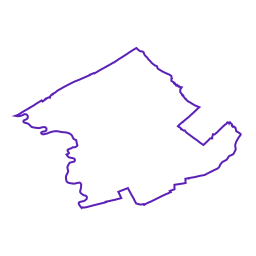 Corni, Botosani, Romania (Natural Earth projection)
{"feature_id": "2599482B25068915216975", "entity_name": "Corni", "entity_type": "district", "adm_level": 2, "iso_a3": "ROU", "parent_name": "Romania", "parent_adm1": "Botosani", "projection": "natural_earth1", "projection_center": [26.578, 47.651], "detail": "fine", "context": "isolated", "style": "outline", "palette": "violet", "viewbox_px": 256, "rotation_deg": 0, "n_neighbors": 0, "source": "geoboundaries", "source_scale": "gbopen_adm2", "svg_char_len": 5727}
<svg xmlns="http://www.w3.org/2000/svg" viewBox="0 0 256 256"><path d="M216.7,169.0L217.6,168.5L219.0,167.3L219.3,166.8L219.6,166.2L219.9,165.4L220.3,164.6L221.9,162.5L222.4,162.0L226.5,159.8L226.8,159.5L228.7,156.6L229.0,156.2L230.1,155.6L230.8,155.4L232.3,154.7L233.3,154.1L233.7,153.6L235.5,149.9L235.6,149.5L235.7,149.0L235.7,148.5L235.2,146.0L235.2,145.5L235.2,145.1L235.4,144.2L236.1,142.0L236.5,141.2L238.9,137.1L240.4,135.2L240.6,134.8L240.6,134.0L239.5,133.1L236.2,131.1L235.9,129.5L235.7,128.8L235.6,128.3L235.3,127.5L234.9,127.4L234.8,127.5L234.3,127.3L234.2,127.2L234.1,126.7L233.8,126.5L233.3,126.4L232.6,126.7L232.4,126.3L232.1,125.9L232.2,125.6L231.8,125.3L232.0,124.7L231.7,124.1L231.5,123.7L230.4,123.0L230.1,122.6L229.9,122.3L229.6,122.5L229.5,122.9L229.0,122.8L228.9,123.2L228.6,122.7L228.3,122.8L228.0,122.7L227.6,122.3L227.4,122.3L227.0,122.8L226.5,123.7L225.5,124.3L223.1,126.4L218.5,130.9L217.0,132.5L215.8,133.4L214.5,134.5L213.0,134.2L212.0,137.7L212.2,138.4L211.9,138.5L211.2,138.3L210.8,138.3L209.9,138.6L208.4,140.3L203.4,145.0L202.1,144.1L199.7,142.4L197.1,140.3L192.9,137.4L191.7,136.4L191.2,136.1L186.2,132.4L184.9,130.5L184.6,130.4L184.1,130.5L183.5,130.5L183.0,130.2L182.5,129.8L181.9,129.5L181.7,129.2L181.4,129.3L181.1,129.2L181.1,128.9L180.9,128.5L180.3,127.7L178.9,127.0L178.4,126.6L177.9,126.2L178.8,125.3L180.3,123.9L182.9,121.7L183.1,121.8L184.1,120.8L186.7,118.6L187.9,117.7L195.8,110.5L198.3,108.0L199.3,107.2L197.6,106.5L195.7,105.7L194.5,105.2L192.5,103.9L191.6,103.5L190.9,102.9L189.1,101.9L188.5,101.8L188.0,101.2L187.1,100.6L185.5,99.0L185.7,98.9L185.0,98.3L182.4,95.3L182.9,95.1L182.5,94.7L181.8,94.1L180.6,92.5L180.3,92.0L180.2,90.6L180.3,89.2L180.6,88.9L181.7,87.3L178.7,86.7L178.7,86.4L178.7,85.8L177.0,85.8L176.9,85.4L176.6,85.4L176.7,84.9L175.8,85.1L175.3,84.0L174.6,83.9L174.2,83.7L173.8,83.0L174.2,82.6L171.4,80.9L171.4,78.9L171.9,78.5L171.6,77.9L171.3,75.9L169.3,74.6L166.2,73.3L162.3,71.4L157.9,68.7L157.5,68.0L156.9,66.2L155.1,65.5L153.9,64.7L151.9,63.1L150.0,60.9L148.8,59.7L148.0,58.9L147.5,57.9L145.3,55.8L144.9,55.3L144.0,53.7L143.8,52.7L143.4,52.1L142.7,51.6L141.4,51.3L140.4,51.3L139.8,51.0L138.6,50.1L136.3,48.0L132.3,50.5L129.1,52.5L127.3,53.8L120.1,58.4L119.1,58.9L116.7,60.7L115.9,61.1L114.9,61.8L114.5,62.3L113.8,62.5L112.9,62.8L112.4,63.1L111.6,63.7L110.5,64.3L102.8,68.6L102.4,68.8L101.7,69.0L101.4,69.3L101.0,69.6L98.6,70.9L97.5,71.6L94.3,73.5L94.1,73.4L93.9,73.1L90.3,74.5L89.6,74.9L89.7,75.2L86.6,76.5L84.8,77.3L82.2,78.4L81.0,79.0L78.8,79.9L74.7,81.5L69.8,83.9L63.7,87.1L57.4,90.7L55.0,92.7L52.5,94.0L52.7,94.4L50.8,95.4L50.3,96.5L50.2,96.9L49.9,97.6L49.4,97.1L46.1,98.5L46.3,98.7L45.5,99.2L45.6,99.3L42.6,101.5L42.3,101.1L42.2,101.1L41.7,100.4L36.9,103.3L33.6,105.5L29.2,108.0L29.3,108.1L24.5,110.8L17.7,115.0L15.4,115.8L17.6,116.2L19.5,116.1L20.8,115.8L22.5,115.2L24.2,114.3L24.7,114.2L25.7,114.2L26.6,114.6L27.2,115.1L27.5,115.6L27.7,116.0L27.8,116.7L27.8,117.2L27.7,117.9L27.3,118.5L27.0,118.9L25.7,119.6L24.4,120.1L23.7,120.5L23.5,120.9L23.4,121.4L23.5,121.9L23.8,122.2L24.4,122.6L27.3,123.4L28.0,123.6L28.9,124.3L31.3,126.7L31.9,127.0L32.5,127.2L35.1,127.7L38.7,128.1L39.7,128.0L42.0,127.3L43.4,127.1L44.6,127.1L45.0,127.2L45.6,127.5L46.3,128.2L46.5,128.9L46.4,130.0L46.1,130.6L45.6,131.0L45.1,131.2L42.8,131.7L41.9,132.0L41.5,132.2L41.2,132.6L41.2,133.1L41.5,133.7L42.0,134.0L42.5,134.2L43.1,134.3L43.6,134.3L45.6,133.8L47.2,133.5L48.5,132.9L51.0,132.0L53.6,131.4L55.0,131.2L56.1,131.2L58.0,131.3L59.4,131.6L62.2,132.1L66.4,132.5L67.9,132.9L69.4,133.4L70.8,134.4L71.4,134.9L71.7,135.2L72.6,136.7L72.8,137.5L72.9,137.8L73.5,138.7L74.0,139.1L74.7,139.5L76.2,140.1L76.4,141.2L76.9,143.8L77.4,145.5L76.5,146.4L75.8,146.9L74.9,147.2L74.2,147.3L73.4,147.3L72.6,147.3L71.5,148.2L69.9,148.7L69.1,149.1L67.9,149.7L67.5,150.1L67.6,150.5L67.8,151.2L68.3,152.1L68.9,152.9L69.0,153.1L68.3,153.8L66.5,154.5L67.1,155.4L67.6,156.0L68.2,156.7L68.7,157.1L69.0,157.3L69.7,157.6L72.6,158.1L73.9,158.5L74.5,159.0L74.7,159.4L74.9,159.8L74.9,160.3L74.8,160.6L74.7,161.0L74.3,161.4L74.1,161.6L70.4,162.5L69.8,162.7L69.5,163.0L68.1,165.3L67.5,166.6L67.4,167.6L67.5,168.4L68.1,170.6L68.2,171.0L68.1,171.4L67.5,173.2L66.3,175.4L66.2,175.8L66.0,176.7L66.0,178.6L66.3,180.5L66.8,181.6L67.5,182.3L68.1,182.6L68.8,182.9L71.5,183.4L73.9,183.7L75.1,183.5L78.0,182.8L79.4,182.6L79.8,182.7L80.3,183.0L80.6,183.3L80.9,183.9L81.2,184.7L81.2,185.5L80.8,188.8L80.3,190.3L80.2,191.0L80.2,191.8L80.3,192.4L80.7,193.0L81.0,193.3L82.2,194.3L83.1,194.8L84.2,195.4L85.7,195.7L86.1,195.9L86.3,196.1L86.7,196.7L86.8,196.9L86.9,197.4L86.8,198.3L86.6,199.0L86.1,199.5L85.4,200.1L84.1,200.9L83.3,201.2L80.4,201.8L79.8,202.0L79.2,202.3L78.8,202.7L78.7,203.2L78.8,203.7L79.0,204.3L80.0,206.0L81.7,208.0L82.0,207.6L82.5,207.4L83.2,207.4L83.7,207.6L84.0,207.6L85.6,207.3L85.8,207.3L86.4,207.2L94.7,205.0L105.0,202.5L106.1,202.1L105.9,201.7L109.0,201.1L115.2,199.7L121.3,198.1L121.0,197.5L120.6,196.7L120.4,196.2L120.1,195.6L120.0,195.1L119.5,194.4L119.0,193.3L118.9,192.9L118.5,192.3L118.3,191.8L127.9,188.1L128.0,188.4L130.0,192.1L130.9,193.7L131.7,195.2L132.5,196.5L133.1,197.7L133.6,198.4L134.4,200.2L135.8,202.8L136.0,203.3L138.3,204.1L139.5,204.4L141.6,204.5L143.6,204.1L143.6,204.5L143.8,204.8L144.2,204.9L146.5,203.5L149.5,202.1L151.3,201.4L153.4,200.3L154.4,199.9L155.8,199.1L162.9,195.6L164.8,194.7L168.2,193.3L170.0,192.4L170.8,192.1L170.7,191.9L170.3,191.4L169.9,191.0L170.4,190.8L170.7,190.6L174.5,189.3L174.5,187.9L174.4,184.8L183.6,183.4L185.6,183.0L185.4,178.8L185.8,178.8L187.8,178.3L188.5,178.5L188.5,178.1L189.9,177.9L191.0,177.7L194.2,177.2L200.7,175.7L204.6,175.0L205.6,174.5L206.2,174.1L214.0,170.2L214.3,170.0L216.7,169.0Z" fill="none" stroke="#5b21b6" stroke-width="2"/></svg>